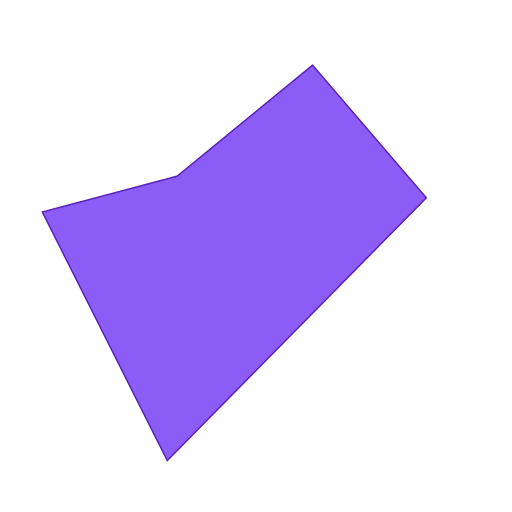 Aiwo, orthographic projection, rotated 247°
{"feature_id": "NRU-4972", "entity_name": "Aiwo", "entity_type": "state/province", "adm_level": 1, "iso_a3": "NRU", "parent_name": "Nauru", "parent_adm1": "", "projection": "orthographic", "projection_center": [166.914, -0.531], "detail": "fine", "context": "isolated", "style": "filled", "palette": "violet", "viewbox_px": 512, "rotation_deg": 247, "n_neighbors": 0, "source": "natural_earth", "source_scale": "10m", "svg_char_len": 241}
<svg xmlns="http://www.w3.org/2000/svg" viewBox="0 0 512 512"><g transform="rotate(247 256 256)"><path d="M243.0,435.5L102.4,94.4L380.0,76.5L360.3,214.7L409.6,382.6L243.0,435.5Z" fill="#8b5cf6" stroke="#5b21b6" stroke-width="1.5"/></g></svg>